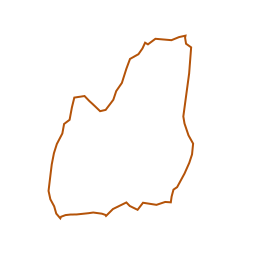 the district of Tanum, Västra Götaland, Sweden, rotated 191°
{"feature_id": "70781695B34611163933513", "entity_name": "Tanum", "entity_type": "district", "adm_level": 2, "iso_a3": "SWE", "parent_name": "Sweden", "parent_adm1": "Västra Götaland", "projection": "orthographic", "projection_center": [11.469, 58.691], "detail": "fine", "context": "isolated", "style": "outline", "palette": "amber", "viewbox_px": 256, "rotation_deg": 191, "n_neighbors": 0, "source": "geoboundaries", "source_scale": "gbopen_adm2", "svg_char_len": 882}
<svg xmlns="http://www.w3.org/2000/svg" viewBox="0 0 256 256"><g transform="rotate(191 128 128)"><path d="M71.8,63.2L72.1,69.0L71.6,76.2L68.5,79.3L63.8,94.2L61.2,105.5L60.1,114.3L61.1,125.1L67.2,132.3L73.4,143.2L75.9,149.9L78.4,193.3L81.4,219.2L87.1,221.8L89.2,227.5L89.2,229.6L95.2,227.0L102.1,222.5L118.1,220.8L124.4,213.9L127.5,215.0L129.0,208.8L131.8,202.5L139.2,196.2L140.9,185.9L142.6,171.1L146.6,162.0L147.8,152.9L153.4,141.5L158.6,139.2L164.8,143.2L171.1,147.1L176.8,151.1L186.5,147.6L187.0,137.4L186.9,124.9L191.5,119.8L191.4,110.1L194.8,98.7L195.9,89.1L195.9,77.7L195.3,69.0L194.0,51.1L190.6,43.2L185.5,37.0L182.1,30.3L177.2,26.4L176.8,28.1L172.7,30.6L167.5,32.2L162.4,33.2L150.6,36.8L146.0,38.4L137.3,38.9L133.7,38.4L132.8,37.5L127.3,45.6L115.4,54.6L111.4,51.8L103.0,49.5L99.0,57.5L85.4,58.0L77.4,62.5L71.8,63.2Z" fill="none" stroke="#b45309" stroke-width="2"/></g></svg>